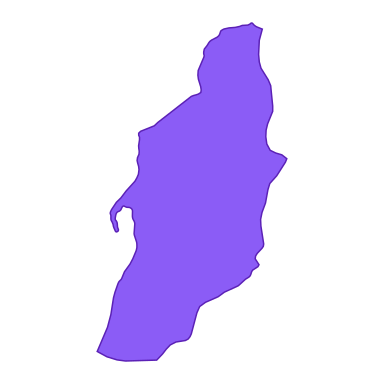 Tébessa, Albers equal-area conic projection
{"feature_id": "DZA-2223", "entity_name": "Tébessa", "entity_type": "Province", "adm_level": 1, "iso_a3": "DZA", "parent_name": "Algeria", "parent_adm1": "", "projection": "albers", "projection_center": [7.688, 35.056], "detail": "fine", "context": "isolated", "style": "filled", "palette": "violet", "viewbox_px": 384, "rotation_deg": 0, "n_neighbors": 0, "source": "natural_earth", "source_scale": "10m", "svg_char_len": 2621}
<svg xmlns="http://www.w3.org/2000/svg" viewBox="0 0 384 384"><path d="M239.5,284.7L238.2,285.8L224.3,292.2L218.2,296.7L205.5,302.3L199.7,306.5L196.9,312.8L191.3,333.9L190.0,336.7L188.2,339.0L185.4,340.5L176.0,342.0L170.3,344.9L166.3,349.1L162.6,353.9L156.7,360.1L125.5,361.0L117.1,359.9L107.0,356.8L97.2,351.5L107.5,327.3L110.9,314.5L113.5,297.8L115.0,292.2L117.9,283.9L118.7,282.1L119.3,281.3L121.2,279.4L121.7,278.5L124.5,271.7L130.0,264.1L132.8,258.8L136.1,250.9L136.5,249.4L136.9,247.4L136.9,244.8L136.8,243.3L136.6,242.1L134.4,235.3L134.2,234.4L134.1,233.4L134.8,223.8L134.6,222.5L134.2,221.3L133.8,220.6L133.0,219.1L132.7,218.2L132.5,217.3L132.4,216.4L132.4,215.4L132.5,211.3L132.4,210.3L132.1,209.5L131.6,208.8L130.9,208.2L130.1,207.7L129.1,207.4L127.1,207.3L126.2,207.1L123.9,206.0L123.2,206.1L122.4,206.7L121.8,207.8L120.8,209.9L119.9,210.8L119.0,211.3L118.1,211.6L117.4,212.0L116.8,212.6L116.2,213.7L115.8,214.9L115.2,218.3L115.3,219.5L115.6,220.2L116.2,220.8L116.6,221.5L117.0,222.3L117.2,223.2L117.3,224.1L117.5,227.0L117.8,227.9L118.4,229.5L118.4,230.4L118.0,231.2L116.8,231.9L116.0,231.8L115.4,231.2L114.0,228.0L113.4,226.3L113.1,224.5L112.8,223.7L112.1,222.0L111.3,220.6L111.0,219.7L110.9,218.8L110.9,216.7L110.9,215.7L110.7,214.8L110.4,214.0L110.2,213.1L110.6,211.6L111.6,209.5L116.4,202.3L120.9,197.9L126.2,190.9L134.9,181.3L136.9,177.8L138.4,174.3L139.0,169.6L138.6,166.3L137.7,163.2L137.1,160.5L137.5,157.6L139.0,154.2L139.2,151.2L138.8,148.5L138.6,145.8L139.5,139.8L139.5,137.2L138.7,135.2L138.7,133.2L140.6,131.3L154.3,125.8L157.9,122.4L191.3,96.4L193.6,95.5L195.9,94.9L198.3,94.1L200.8,92.5L201.2,90.0L200.7,86.7L198.4,79.2L197.9,75.2L198.2,70.5L203.8,57.3L204.2,55.8L203.7,53.7L203.7,52.6L203.7,52.0L204.3,49.1L207.2,45.4L208.7,42.9L209.6,41.7L210.2,41.1L211.7,40.0L217.1,37.2L218.4,36.1L219.0,35.4L219.4,34.7L219.8,33.8L220.4,32.0L220.7,31.1L221.5,30.4L222.4,29.8L224.0,29.0L229.0,27.9L235.2,27.4L239.8,26.4L241.4,25.7L242.4,25.4L247.7,25.1L248.7,24.7L250.0,24.0L250.4,23.7L250.9,23.2L251.6,23.0L252.4,23.2L254.2,25.2L255.7,26.3L256.8,26.9L262.3,29.1L259.3,40.3L258.6,54.4L259.3,62.0L261.0,68.2L268.2,79.8L270.7,85.7L271.2,91.1L272.7,106.0L272.7,111.3L267.6,123.9L266.1,130.2L265.8,136.7L266.8,144.0L270.2,150.3L275.7,153.0L281.8,154.8L286.8,158.7L285.4,162.2L276.7,175.8L269.8,183.5L267.9,189.8L265.5,203.0L262.0,212.5L260.6,219.4L260.9,226.0L263.7,244.0L263.3,246.4L262.2,248.0L262.0,248.3L257.3,253.3L255.6,256.0L255.2,258.8L259.0,264.7L257.9,266.7L252.7,270.1L251.7,271.6L250.7,274.7L250.1,275.9L248.9,277.1L245.5,279.2L239.5,284.7Z" fill="#8b5cf6" stroke="#5b21b6" stroke-width="1.5"/></svg>